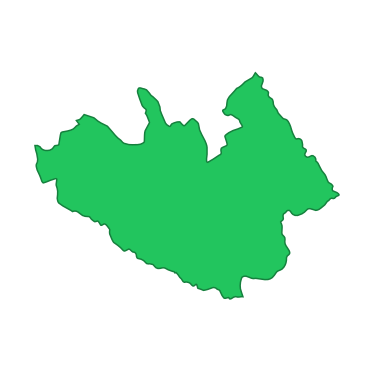 outline of Quan Ba, Hà Giang, Vietnam, rotated 158°
{"feature_id": "81297802B31175014332346", "entity_name": "Quan Ba", "entity_type": "district", "adm_level": 2, "iso_a3": "VNM", "parent_name": "Vietnam", "parent_adm1": "Hà Giang", "projection": "natural_earth1", "projection_center": [104.959, 23.067], "detail": "fine", "context": "isolated", "style": "filled", "palette": "green", "viewbox_px": 384, "rotation_deg": 158, "n_neighbors": 0, "source": "geoboundaries", "source_scale": "gbopen_adm2", "svg_char_len": 5998}
<svg xmlns="http://www.w3.org/2000/svg" viewBox="0 0 384 384"><g transform="rotate(158 192 192)"><path d="M320.2,293.9L321.2,289.5L321.6,285.5L322.8,280.2L324.0,277.9L324.8,277.0L325.7,276.2L326.3,275.4L326.7,274.4L326.9,273.5L327.3,270.4L327.0,264.7L327.0,262.6L327.2,258.2L327.0,257.3L326.7,256.4L326.3,256.1L323.2,255.9L318.6,255.9L316.2,255.7L314.1,255.6L313.0,255.3L312.6,254.8L312.6,254.4L315.0,250.1L315.4,248.9L315.6,246.2L316.2,243.2L317.6,239.9L319.3,236.7L319.7,234.9L319.9,233.2L319.7,231.8L319.5,231.5L316.9,227.4L311.1,220.2L310.1,218.6L308.5,218.5L306.7,217.7L305.4,216.4L302.3,211.3L300.2,209.5L296.6,207.7L296.1,206.9L295.5,204.5L294.1,202.0L293.4,201.0L292.2,200.6L290.9,200.6L290.6,200.5L290.0,199.9L289.6,198.7L289.1,195.6L288.8,195.2L288.2,195.0L285.5,195.3L285.0,195.1L284.0,194.0L283.4,192.4L282.4,188.7L282.4,187.8L283.3,186.1L283.7,185.0L284.0,184.0L284.0,178.6L283.8,176.2L283.5,174.6L280.8,170.4L279.1,167.2L277.7,163.7L277.1,162.8L276.5,162.5L275.1,162.5L272.1,162.8L271.6,162.5L271.1,162.0L270.0,159.6L269.4,158.6L267.8,157.6L267.3,156.6L267.1,155.6L267.2,154.4L267.6,153.0L267.6,151.5L267.1,150.7L264.3,148.7L262.9,147.0L262.4,146.3L260.9,142.7L259.4,141.7L258.1,141.3L255.9,139.8L255.2,139.1L254.4,136.7L253.7,135.2L252.3,133.9L250.4,133.2L248.0,132.8L246.3,132.2L245.3,131.3L243.2,128.8L240.9,126.7L239.5,125.5L238.5,124.9L238.1,123.3L236.9,123.3L235.9,120.4L235.3,117.5L234.4,115.4L233.8,112.3L233.4,111.8L233.0,111.2L232.5,111.0L231.4,110.9L230.5,110.4L229.5,109.7L228.3,108.7L227.7,107.5L227.1,105.8L226.4,104.6L225.9,104.3L224.8,104.3L223.4,104.8L222.8,104.9L222.4,104.6L222.3,104.3L222.4,103.8L222.4,102.4L222.7,100.9L222.5,100.4L220.2,98.5L218.2,96.5L216.8,96.2L214.0,95.8L208.8,95.6L207.8,95.4L206.1,94.3L205.1,92.5L203.5,90.9L203.2,90.3L202.9,84.8L202.3,82.3L202.0,81.6L201.1,81.0L197.7,80.5L197.4,80.0L197.3,79.1L197.1,78.8L196.5,78.5L195.5,78.4L192.9,78.9L190.8,78.7L188.9,77.4L187.0,76.8L185.6,76.5L184.0,75.8L183.8,79.6L183.4,84.1L182.4,87.2L180.8,90.3L179.2,92.5L177.8,94.1L176.7,94.4L175.2,94.4L173.4,93.7L170.9,91.5L169.3,89.9L167.7,88.8L165.3,88.1L157.3,83.5L154.3,82.4L152.0,82.2L149.6,82.6L146.8,84.0L144.4,85.6L143.2,86.3L141.6,86.6L139.4,86.6L137.4,86.8L135.0,87.9L132.8,89.6L131.4,91.2L130.0,93.4L129.0,95.7L127.7,97.0L125.6,97.7L124.6,98.3L124.0,99.5L123.9,101.0L124.2,102.9L125.0,107.0L125.1,109.1L124.6,111.1L123.6,113.1L123.1,114.7L123.2,115.8L124.3,118.8L124.1,120.3L121.8,125.3L121.2,126.9L121.0,129.1L121.1,130.6L121.0,131.1L118.2,132.1L117.4,132.9L116.5,136.0L115.3,137.4L112.9,137.9L111.8,138.6L110.7,139.0L109.9,139.0L108.6,138.4L108.0,137.2L107.5,134.9L106.8,133.4L105.2,131.7L102.8,130.7L98.2,130.6L95.3,131.2L91.4,132.8L90.2,132.8L88.9,132.4L86.4,130.5L84.1,128.6L82.5,128.3L80.8,128.3L78.6,128.8L73.8,130.3L69.9,132.7L68.6,132.8L66.7,133.8L65.5,134.0L64.7,133.9L63.7,133.1L63.1,132.9L62.2,132.9L61.0,133.3L60.2,133.8L57.4,133.9L56.8,134.2L56.7,134.7L56.9,135.5L57.8,137.1L59.7,139.0L61.1,140.5L61.1,141.6L60.4,143.3L59.3,144.3L59.2,145.1L59.6,146.5L60.1,147.5L61.3,148.9L62.0,150.3L62.1,153.1L62.0,155.9L62.2,158.2L63.7,163.3L64.2,168.5L64.4,171.4L64.9,173.1L65.5,174.0L65.5,174.6L64.9,176.2L64.9,177.3L65.0,178.3L66.3,180.4L67.5,180.9L70.7,180.7L72.2,181.1L73.2,182.4L73.5,183.2L73.5,184.0L73.1,185.1L70.8,187.1L70.5,187.9L70.4,188.5L70.8,189.3L72.0,190.7L72.5,191.7L72.6,192.5L71.7,194.6L71.1,197.5L71.0,198.7L71.4,199.8L71.9,200.6L72.6,201.2L73.4,201.7L75.3,202.0L76.0,202.8L76.3,204.2L76.6,208.9L76.5,211.5L76.1,215.9L76.1,218.7L76.4,221.2L76.8,222.7L77.5,223.8L78.5,224.7L79.9,225.8L80.7,227.7L82.5,232.8L82.6,236.7L83.3,238.6L83.7,240.5L83.7,242.8L83.0,245.1L82.8,246.6L82.8,247.6L83.1,248.5L84.2,250.0L85.0,251.4L85.1,252.2L85.1,253.3L84.2,254.9L83.8,255.8L84.0,256.8L84.7,258.3L87.7,261.1L88.3,262.4L88.0,264.3L86.1,266.4L84.6,268.2L84.0,269.6L83.8,271.2L84.5,272.2L86.4,273.4L87.3,275.3L88.2,278.0L88.6,278.8L91.1,276.9L92.3,276.0L93.5,275.4L101.6,274.2L105.1,272.7L107.5,271.9L109.8,271.4L111.8,271.3L115.0,269.6L121.5,266.5L123.4,265.1L124.7,264.0L126.0,261.9L127.7,258.7L129.7,256.7L130.8,256.5L132.5,256.4L132.9,256.2L133.2,255.3L133.0,254.0L132.6,252.2L132.1,251.2L130.7,249.9L129.9,249.4L127.4,249.4L126.8,249.2L125.4,247.6L123.7,244.9L121.5,242.1L121.1,240.8L121.3,238.8L120.7,235.0L120.7,233.9L121.0,233.5L121.6,233.4L125.8,233.3L130.9,233.6L135.6,233.2L138.5,232.5L139.9,232.0L140.5,231.5L140.7,231.0L141.1,225.8L141.5,222.9L141.9,222.5L142.7,222.1L143.4,222.0L146.9,221.9L148.4,221.6L149.2,220.6L149.7,219.4L150.1,217.6L150.6,216.7L151.5,216.1L153.4,215.9L160.1,214.5L166.3,213.6L166.6,213.9L167.0,214.6L166.9,215.2L166.1,217.3L163.9,221.4L161.4,227.6L161.0,229.3L160.8,231.3L160.8,234.7L161.5,241.8L161.7,246.7L160.5,252.9L160.8,254.5L163.0,258.9L163.9,259.7L164.6,259.9L165.4,259.8L167.2,259.3L173.7,256.4L174.5,256.4L175.0,256.8L175.8,258.3L177.0,261.6L179.5,262.5L182.6,262.8L185.2,262.7L186.3,262.1L187.1,261.3L187.8,261.1L188.6,261.5L190.2,263.9L190.8,265.9L191.0,275.9L190.9,279.4L189.9,282.9L189.8,288.6L190.7,290.9L192.6,295.0L193.8,296.9L194.5,299.7L195.9,303.7L197.5,305.3L198.7,306.1L200.6,307.6L201.5,308.1L202.6,308.2L203.2,307.8L204.7,306.1L205.2,304.3L205.6,298.2L205.8,291.0L205.6,289.9L204.8,287.8L203.9,286.3L203.7,285.2L204.8,283.4L205.7,282.5L205.3,280.4L205.2,279.1L205.3,272.6L205.7,272.0L212.4,266.4L213.6,264.7L214.7,262.5L217.2,256.8L217.8,256.1L219.4,255.7L221.9,255.6L224.8,256.3L229.5,258.1L232.8,259.6L236.8,262.6L237.7,263.9L238.7,266.7L240.6,270.0L242.0,273.4L243.2,277.1L245.8,284.7L250.6,290.1L252.9,293.3L253.5,294.5L255.0,297.3L255.8,298.1L263.0,304.2L265.2,303.0L268.3,301.5L269.4,301.3L272.4,301.6L271.2,297.0L274.5,296.5L276.3,295.7L278.4,294.9L281.3,294.8L284.7,295.2L289.6,296.2L290.5,296.2L291.4,295.9L292.7,294.1L297.8,285.7L298.9,285.6L301.7,286.3L302.4,286.1L304.0,285.1L305.6,284.3L308.2,284.0L310.7,284.7L312.5,285.5L313.7,286.4L314.7,287.5L315.5,288.9L316.0,290.8L316.9,291.9L317.9,293.0L320.2,293.9Z" fill="#22c55e" stroke="#15803d" stroke-width="1.5"/></g></svg>